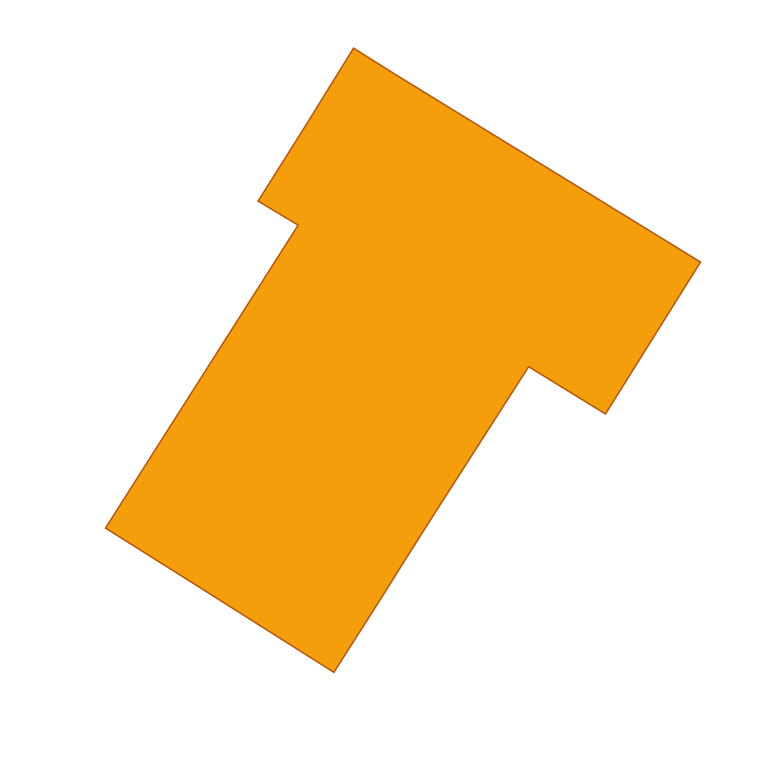 Fond du Lac, Wisconsin, United States of America, rotated 302°
{"feature_id": "52423323B49999362259399", "entity_name": "Fond du Lac", "entity_type": "district", "adm_level": 2, "iso_a3": "USA", "parent_name": "United States of America", "parent_adm1": "Wisconsin", "projection": "orthographic", "projection_center": [-88.541, 43.741], "detail": "fine", "context": "isolated", "style": "filled", "palette": "amber", "viewbox_px": 768, "rotation_deg": 302, "n_neighbors": 0, "source": "geoboundaries", "source_scale": "gbopen_adm2", "svg_char_len": 387}
<svg xmlns="http://www.w3.org/2000/svg" viewBox="0 0 768 768"><g transform="rotate(302 384 384)"><path d="M472.4,180.3L473.2,227.0L204.2,224.8L114.2,224.2L113.9,314.2L112.9,494.3L203.0,495.1L208.3,495.1L239.9,495.1L293.2,495.4L293.5,495.4L475.3,497.5L475.9,587.7L655.1,587.8L652.5,227.9L652.7,180.2L560.3,180.6L472.4,180.3Z" fill="#f59e0b" stroke="#b45309" stroke-width="1.5"/></g></svg>